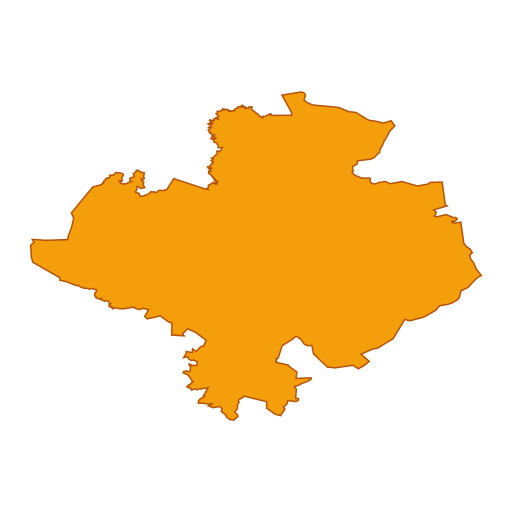 Skujenes pag., Amatas, Latvia
{"feature_id": "27541924B80284932099647", "entity_name": "Skujenes pag.", "entity_type": "district", "adm_level": 2, "iso_a3": "LVA", "parent_name": "Latvia", "parent_adm1": "Amatas", "projection": "equal_earth", "projection_center": [25.458, 57.084], "detail": "fine", "context": "isolated", "style": "filled", "palette": "amber", "viewbox_px": 512, "rotation_deg": 0, "n_neighbors": 0, "source": "geoboundaries", "source_scale": "gbopen_adm2", "svg_char_len": 6082}
<svg xmlns="http://www.w3.org/2000/svg" viewBox="0 0 512 512"><path d="M234.5,420.0L234.2,419.9L234.8,419.7L234.8,418.9L237.6,416.9L238.0,416.0L237.5,414.7L235.0,412.4L234.8,411.5L236.2,410.5L237.4,408.2L237.5,404.6L239.1,402.1L238.2,400.8L239.0,399.5L242.0,398.1L244.0,396.1L266.7,401.7L266.6,408.1L275.0,414.2L280.6,415.7L284.9,409.1L283.4,406.9L285.8,405.3L287.3,403.1L287.8,400.6L296.1,401.6L298.3,400.3L298.5,398.6L295.7,398.3L296.3,389.2L294.4,386.5L299.2,385.1L300.6,384.0L306.9,381.6L310.5,379.7L311.1,379.0L311.1,377.8L296.0,378.4L296.9,372.0L288.2,365.8L288.5,365.2L277.2,362.5L276.6,361.6L276.1,363.0L276.3,358.5L277.6,358.8L278.3,357.6L282.1,345.7L293.4,338.6L296.0,336.1L300.8,339.3L304.4,344.3L307.7,345.7L311.9,345.5L313.5,353.8L327.8,367.5L329.4,367.1L334.5,367.9L353.0,365.3L358.3,368.8L364.3,365.4L369.2,361.4L361.1,354.2L372.7,349.0L377.3,348.3L393.1,338.7L404.8,319.4L409.8,320.8L422.0,317.6L425.9,316.0L436.1,310.0L438.0,307.4L440.2,305.6L447.2,304.5L452.4,302.8L457.3,299.9L459.3,297.6L461.0,290.9L468.1,287.4L474.0,280.9L477.6,277.6L481.3,275.4L476.3,269.3L474.0,263.4L470.7,259.0L469.6,255.5L472.4,252.5L471.3,251.4L470.3,249.2L466.3,246.6L463.8,243.2L460.8,222.1L454.2,223.2L451.9,222.4L452.2,221.1L454.7,221.4L457.3,219.1L455.7,217.4L453.8,217.7L446.1,214.6L436.4,216.9L434.6,216.1L436.4,212.6L433.8,209.8L447.0,205.9L445.3,205.1L442.2,182.1L430.3,182.4L427.8,184.1L417.3,186.0L402.2,181.6L389.9,183.7L385.6,181.5L378.3,182.6L376.0,183.8L374.2,183.9L372.1,183.5L370.7,182.4L370.1,181.0L370.4,178.7L369.7,178.0L363.0,178.2L360.7,177.7L354.6,175.1L352.0,172.5L353.4,170.9L352.6,168.7L352.6,166.6L357.2,163.9L357.6,160.8L370.5,159.2L374.3,157.6L378.0,153.5L379.7,152.5L379.8,150.1L383.6,143.0L384.1,140.7L385.4,139.5L389.8,131.2L394.8,125.9L391.1,120.7L383.3,123.1L375.8,121.2L369.9,120.5L367.5,119.6L356.0,112.5L348.5,111.6L340.2,108.0L336.7,107.2L312.8,105.0L307.1,102.6L305.0,100.9L304.0,99.8L305.4,95.7L304.9,93.7L303.7,92.7L301.0,92.0L281.9,95.1L290.0,109.6L291.5,112.7L291.7,115.3L270.6,115.4L271.1,114.1L270.1,113.8L265.3,116.2L262.7,116.5L262.8,117.8L262.2,117.9L251.7,109.4L251.3,108.2L252.2,107.2L252.0,106.8L250.6,107.2L249.3,106.8L248.3,107.6L248.2,108.5L246.1,108.1L245.3,108.5L244.7,107.9L245.7,107.4L244.7,106.8L242.6,106.8L243.4,106.0L242.5,105.2L241.3,105.6L241.4,106.6L237.5,107.0L237.6,108.1L234.8,109.2L234.2,109.9L234.5,110.7L231.8,111.0L231.2,111.6L230.7,111.4L231.5,110.7L229.1,111.3L229.1,110.3L227.8,110.4L227.6,109.4L225.5,109.8L224.9,109.7L225.3,109.3L223.9,109.2L224.2,109.8L222.9,110.0L222.7,109.2L222.2,110.2L221.4,110.1L220.3,111.3L217.2,111.4L217.4,112.6L216.1,113.9L218.2,115.4L218.7,116.5L216.4,117.4L218.0,119.1L215.2,118.4L213.7,119.1L214.2,120.4L213.0,120.6L209.8,119.9L209.6,120.6L210.5,121.7L212.8,122.8L212.6,123.4L210.3,123.0L208.0,123.9L208.8,124.5L211.0,124.3L211.7,124.9L208.8,127.3L211.1,127.7L208.2,129.7L208.6,130.7L210.4,131.8L210.2,132.3L209.3,132.4L209.4,132.9L211.9,134.1L211.9,134.8L214.3,134.9L212.2,136.3L215.3,137.5L215.8,138.5L214.5,138.9L214.0,137.9L210.9,138.3L211.9,139.4L212.6,139.1L213.0,139.7L214.1,139.8L213.8,141.4L214.3,142.4L217.0,142.8L217.0,143.9L218.6,146.6L218.1,147.7L222.4,147.5L219.6,151.8L217.4,150.8L216.9,151.1L217.2,154.0L215.2,155.3L213.3,157.6L211.5,158.1L213.0,159.2L211.2,160.5L213.2,161.5L213.4,162.2L212.0,162.8L211.8,164.3L210.6,164.8L210.3,166.1L207.6,166.7L208.3,168.3L209.3,168.4L210.7,167.5L211.6,168.5L209.2,170.2L208.9,170.8L210.7,171.2L208.6,172.4L208.7,173.4L210.7,174.6L211.4,175.7L213.0,176.4L212.4,177.1L213.4,178.3L215.0,178.8L214.2,180.1L217.7,181.3L217.0,182.2L214.6,182.3L215.2,183.0L217.0,183.3L217.0,184.0L215.0,183.9L212.2,182.7L211.5,183.9L209.2,184.6L208.3,185.7L208.4,187.4L207.2,188.5L208.0,189.4L204.3,188.7L173.7,178.6L166.9,189.5L163.5,190.5L159.0,190.3L157.0,192.3L151.0,191.7L148.2,194.1L143.3,196.0L140.0,196.4L139.2,193.4L135.9,192.6L135.5,191.7L136.8,189.8L137.1,187.5L136.6,186.8L137.1,186.4L138.5,186.6L140.4,188.5L144.7,187.6L142.9,184.2L143.8,182.4L141.6,180.9L142.6,180.5L141.5,179.0L143.9,179.1L144.2,177.9L143.6,176.5L144.3,172.8L141.1,172.2L137.4,170.0L136.4,170.5L136.0,170.8L136.2,171.7L133.3,173.6L134.1,176.8L129.9,178.1L130.0,180.9L131.5,181.4L124.4,184.2L123.2,183.5L122.0,184.1L120.5,183.2L119.3,180.8L120.2,180.7L121.0,181.6L122.1,181.0L122.2,179.3L121.6,177.5L123.4,175.4L123.4,174.4L121.0,173.0L115.5,172.6L114.3,174.7L109.6,175.4L110.2,176.9L108.7,177.9L107.2,177.8L105.7,178.8L105.9,179.3L103.9,181.0L103.1,182.6L103.6,182.8L101.4,184.3L101.6,184.6L92.8,187.0L71.4,212.8L73.7,218.1L71.6,227.2L68.2,236.4L67.6,239.6L45.8,240.3L32.3,239.4L34.0,242.2L30.7,245.1L31.4,257.5L32.9,262.3L59.9,277.8L59.9,280.3L66.3,281.6L75.2,285.2L77.5,285.7L78.7,285.3L79.8,286.7L84.1,288.2L88.0,288.4L89.4,289.2L92.5,288.5L96.7,290.1L96.0,292.2L95.0,292.8L95.0,294.2L94.6,294.7L94.7,295.8L96.0,296.8L95.9,297.7L99.8,299.3L101.5,298.4L101.1,299.6L104.6,301.3L106.0,300.7L108.1,301.0L109.3,303.3L110.8,303.8L109.0,304.7L109.2,306.6L110.1,307.0L111.4,306.4L112.0,306.9L111.8,307.9L113.0,308.0L113.0,308.7L116.4,307.6L117.6,308.5L123.6,308.8L130.2,307.8L131.4,307.1L134.0,307.4L136.4,308.9L140.5,309.5L143.2,308.2L148.5,309.7L144.7,316.5L147.3,318.9L160.4,315.9L168.3,321.8L171.9,323.1L171.7,335.1L184.0,335.8L182.5,334.1L187.5,328.8L195.6,332.3L206.2,340.4L203.5,346.0L202.5,345.9L200.2,347.2L196.0,351.5L192.6,348.9L192.2,352.6L186.2,351.5L186.1,353.7L183.7,357.6L187.4,356.7L189.0,359.3L190.9,360.3L194.4,360.2L197.4,362.0L196.7,365.4L192.5,365.4L189.1,364.0L189.5,365.8L190.7,366.5L189.9,371.4L188.7,371.8L186.8,371.0L184.1,371.2L183.1,372.8L188.2,375.0L192.9,382.0L191.5,382.5L190.1,384.8L188.9,384.6L187.9,385.8L188.1,386.4L186.9,386.5L187.3,387.3L190.9,388.3L191.4,390.2L195.2,388.8L196.9,389.9L198.9,388.9L201.4,389.1L202.1,388.4L205.3,388.4L208.2,387.5L203.3,396.1L204.5,396.3L202.6,397.9L200.7,398.4L198.5,400.6L198.3,403.2L203.4,403.1L204.3,403.6L210.4,404.0L213.0,403.5L208.3,405.8L213.1,407.7L219.7,406.5L222.3,409.2L221.2,411.2L226.1,415.5L226.3,416.8L229.8,419.6L234.5,420.0Z" fill="#f59e0b" stroke="#b45309" stroke-width="1.5"/></svg>